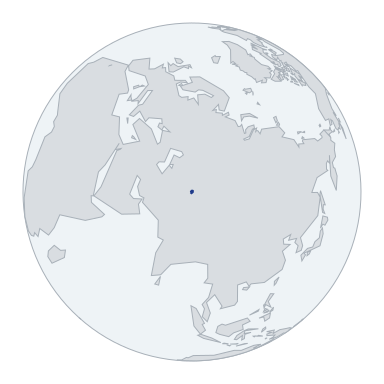 the Earth from above Sirdaryo, rotated 42°
{"feature_id": "UZB-371", "entity_name": "Sirdaryo", "entity_type": "Region", "adm_level": 1, "iso_a3": "UZB", "parent_name": "Uzbekistan", "parent_adm1": "", "projection": "orthographic", "projection_center": [68.713, 40.386], "detail": "fine", "context": "on_globe", "style": "filled", "palette": "blue", "viewbox_px": 384, "rotation_deg": 42, "n_neighbors": 0, "source": "natural_earth", "source_scale": "10m", "svg_char_len": 11610}
<svg xmlns="http://www.w3.org/2000/svg" viewBox="0 0 384 384"><g transform="rotate(42 192 192)"><circle cx="192" cy="192" r="169" fill="#eef3f6" stroke="#a8b0b8"/><path d="M214.3,24.5L218.7,25.2L221.7,25.8L226.6,29.4L240.1,36.4L248.2,38.8L243.5,38.4L261.3,43.7L271.1,49.4L257.7,42.9L254.5,42.3L260.0,46.0L257.9,46.3L259.3,48.3L256.4,48.5L248.8,45.1L246.7,45.3L250.7,47.9L250.3,50.1L244.7,46.1L243.3,49.5L230.4,45.4L217.9,36.3L208.4,35.7L189.3,31.1L188.7,32.3L181.0,32.0L177.5,33.3L174.9,32.5L174.3,34.4L177.3,35.0L178.0,36.1L176.2,37.1L172.6,36.0L173.0,35.4L171.0,35.6L170.1,34.7L169.5,35.7L165.4,34.6L166.7,37.2L161.2,37.7L159.2,36.5L163.0,34.6L167.9,28.6L167.1,27.6L162.1,27.7L145.2,31.7L142.8,31.7L136.9,33.1L136.5,33.8L141.0,33.0L138.9,35.0L144.6,34.2L144.6,35.1L149.0,35.5L144.5,37.7L137.6,39.8L133.7,39.8L130.6,40.9L131.1,43.0L120.8,45.5L108.7,51.8L106.4,52.4L107.7,49.2L115.7,43.5L117.4,40.9L112.3,45.1L106.8,47.2L104.2,48.8L102.2,50.4L102.8,50.7L100.0,52.1L104.0,48.1L106.5,46.7L105.3,47.9L109.0,45.4L111.6,43.4L108.6,45.0L108.9,44.9L119.7,39.3L130.8,34.5L142.3,30.5L154.0,27.4L165.9,25.1L178.0,23.6L190.1,23.1L202.2,23.3L214.3,24.5ZM218.8,25.2L219.6,25.3L223.4,26.1L219.0,25.3L216.4,24.8L218.8,25.2ZM229.3,28.2L226.6,27.6L227.3,27.2L228.6,27.6L229.3,28.2ZM254.4,40.7L251.2,39.0L255.0,40.6L254.4,40.7ZM260.1,48.6L261.6,49.1L261.7,50.0L260.1,48.6ZM151.3,34.3L150.2,34.9L149.9,34.5L151.3,34.3ZM154.2,34.0L154.7,33.2L156.2,32.9L155.8,33.4L154.2,34.0ZM257.3,51.2L256.9,52.7L256.0,50.5L257.3,51.2ZM153.3,35.1L158.7,32.6L161.3,32.2L162.2,34.0L153.3,35.1ZM255.9,53.2L255.2,57.3L258.6,58.6L248.5,57.6L252.5,54.2L250.7,51.2L253.6,53.1L255.9,53.2ZM179.0,34.7L175.8,34.2L180.2,33.8L179.0,34.7ZM181.7,34.3L194.2,32.2L198.1,33.8L193.1,34.0L199.5,35.6L195.3,37.4L190.8,36.9L189.1,35.4L188.8,37.3L181.7,34.3ZM243.1,56.6L241.8,57.3L241.7,56.0L243.1,56.6ZM178.6,36.5L180.8,35.8L184.4,37.1L180.6,38.7L180.7,37.8L178.6,36.5ZM203.3,35.3L205.3,36.7L202.4,38.5L202.8,39.3L195.5,37.6L203.3,35.3ZM179.0,38.0L178.7,39.6L175.3,39.9L176.7,37.3L179.0,38.0ZM186.8,36.8L188.4,37.6L186.3,37.6L186.8,36.8ZM163.4,42.6L165.9,41.5L168.0,42.0L163.4,42.6ZM178.8,40.1L179.9,40.0L181.0,40.2L180.1,41.3L178.8,40.1ZM194.0,39.0L192.4,39.6L196.8,39.8L194.8,41.3L190.4,40.0L191.5,41.2L190.9,41.7L187.9,40.1L194.0,39.0ZM182.6,43.0L176.2,42.1L171.1,43.9L169.1,43.4L177.7,40.7L182.6,43.0ZM185.9,41.4L183.4,42.2L182.2,41.1L183.2,39.8L185.9,41.4ZM195.1,42.9L199.3,40.9L200.1,41.3L195.1,42.9ZM181.3,43.7L182.9,43.9L181.1,43.9L181.3,43.7ZM191.1,43.4L192.5,42.5L193.4,43.0L191.1,43.4ZM184.9,45.1L182.8,44.8L183.4,43.8L184.9,45.1ZM187.9,44.5L188.8,45.3L184.9,43.7L188.4,44.0L187.9,44.5ZM191.8,43.9L192.7,43.9L191.1,44.2L191.8,43.9ZM183.7,49.1L178.6,47.2L179.9,45.1L184.7,47.1L183.7,49.1ZM26.6,194.7L28.9,166.0L32.1,161.3L35.7,151.7L59.8,140.3L61.5,147.2L76.6,158.5L77.9,161.6L72.4,168.1L80.8,188.4L87.9,184.7L99.2,198.2L109.0,202.7L119.1,189.2L102.9,181.4L103.8,172.5L119.6,172.3L134.3,179.6L135.1,176.4L128.9,165.9L135.4,162.1L127.1,161.9L128.1,166.1L123.0,166.3L121.7,162.5L124.1,161.2L120.6,157.8L110.3,165.7L110.3,170.8L99.1,166.8L98.0,175.0L93.8,176.6L94.2,163.3L96.6,159.8L94.7,143.0L91.2,146.3L92.8,162.5L90.9,160.0L86.2,165.2L88.3,159.3L87.6,141.3L79.6,137.1L64.0,143.9L60.5,140.7L60.0,133.6L71.1,120.7L77.8,129.4L81.8,125.5L85.2,116.1L86.9,119.7L89.1,117.2L92.0,120.2L100.8,117.9L104.5,120.5L112.4,113.5L115.4,114.0L109.9,117.9L108.0,122.2L117.8,129.1L121.0,128.6L125.3,123.7L127.4,126.5L130.4,120.9L138.2,122.7L131.2,116.0L136.1,110.7L143.2,108.8L143.6,106.0L132.0,109.2L128.5,111.7L127.5,115.6L116.9,122.1L112.6,121.1L118.9,110.3L113.5,108.0L120.8,101.2L147.7,95.7L156.6,97.0L161.9,110.3L157.3,112.9L153.1,109.2L152.9,117.5L154.9,114.4L156.6,117.0L161.8,113.1L163.3,114.7L165.7,108.4L168.1,110.0L166.5,113.9L176.2,110.1L182.5,112.5L183.9,110.9L183.7,108.5L191.8,113.4L192.5,112.1L190.2,109.9L190.1,105.9L193.1,100.8L195.7,102.8L194.9,104.9L197.4,112.5L195.0,118.1L196.4,118.4L199.1,114.1L196.1,104.7L197.2,101.2L199.3,105.3L198.6,103.5L199.9,102.4L203.7,103.2L201.7,98.7L213.0,85.2L221.4,86.0L222.0,90.8L232.7,84.9L241.4,87.1L239.2,84.9L242.8,81.2L240.1,80.4L239.3,79.1L247.4,70.2L251.3,70.0L252.3,64.6L251.2,63.6L248.3,63.4L248.5,57.6L258.6,58.6L260.6,60.7L265.5,60.2L269.5,65.3L275.0,69.6L276.5,76.1L280.8,79.2L282.2,78.7L289.1,83.0L298.2,94.3L284.5,87.3L269.5,72.7L275.1,78.6L271.9,78.1L272.7,80.8L276.8,85.1L278.5,85.1L275.3,97.6L281.4,112.2L285.6,108.3L290.8,110.2L301.3,125.4L303.1,153.3L310.1,157.8L312.2,162.3L309.9,167.5L306.8,160.9L302.2,160.7L300.8,156.5L296.1,163.2L293.8,157.5L291.3,165.9L295.1,169.4L300.0,165.3L298.8,175.5L307.1,180.2L310.8,189.2L306.3,210.8L297.4,220.7L297.5,223.9L292.5,222.5L288.1,230.6L299.0,242.9L299.4,247.5L291.2,259.8L290.7,256.7L277.6,253.1L276.7,264.4L286.6,269.7L290.1,278.2L283.1,277.8L279.4,270.4L274.8,268.8L274.9,259.3L269.0,246.6L261.8,251.4L261.4,245.5L252.1,235.3L241.3,241.6L224.7,259.9L224.1,274.5L217.7,281.3L205.7,261.4L202.8,246.9L196.8,248.4L185.8,235.5L162.1,232.8L160.2,228.5L155.4,229.7L147.9,224.3L145.4,217.1L140.2,216.4L147.1,235.3L152.9,236.0L159.6,230.6L160.3,236.8L167.8,243.2L154.5,255.6L121.7,260.5L120.9,249.0L108.4,211.5L110.2,208.2L110.2,207.8L110.2,207.0L106.6,211.9L105.3,204.5L109.3,230.0L109.0,239.6L121.2,261.0L119.5,262.2L124.2,267.0L142.0,267.2L141.6,270.8L131.7,284.5L109.0,297.4L113.5,310.8L114.2,320.0L103.3,321.0L107.4,328.1L102.2,327.5L104.0,330.7L101.7,331.7L96.5,330.4L84.3,322.1L81.0,318.8L71.1,308.6L56.1,285.9L56.5,280.1L54.3,272.5L45.8,249.4L47.5,241.5L45.9,235.5L42.1,232.3L40.6,225.0L38.5,222.2L28.1,207.4L26.6,194.7ZM47.6,150.9L46.0,153.4L46.0,153.5L47.6,150.9ZM147.3,195.3L157.6,198.5L157.2,187.4L161.2,187.9L159.6,184.1L157.1,186.6L153.9,176.5L159.9,174.8L160.8,170.2L157.3,168.9L146.9,173.9L151.5,188.1L147.3,191.6L147.3,195.3ZM106.6,47.5L106.2,47.8L103.8,49.5L104.2,49.0L106.6,47.5ZM97.6,56.6L93.4,58.8L96.7,56.7L96.4,56.1L102.9,51.2L105.7,52.5L103.2,52.7L97.6,56.6ZM112.4,45.5L107.9,48.2L112.7,45.3L112.4,45.5ZM98.2,101.2L97.6,104.3L94.2,106.3L89.6,104.1L94.4,101.0L98.2,101.2ZM97.7,108.2L105.3,98.7L108.5,100.0L105.4,100.8L106.8,102.6L102.2,104.4L97.8,115.4L94.5,118.0L87.7,111.9L91.7,112.3L92.0,109.2L97.7,108.2ZM119.0,75.5L122.3,72.4L125.0,79.2L121.6,81.4L116.7,79.1L117.9,75.1L119.0,75.5ZM153.8,39.2L154.9,38.3L155.9,38.4L155.8,39.4L153.8,39.2ZM164.4,42.0L150.1,43.9L150.6,42.8L141.6,45.7L139.5,44.0L145.4,42.1L137.0,43.3L141.5,40.9L135.7,42.1L149.1,38.0L152.8,36.2L149.4,38.8L151.3,40.3L153.2,40.4L161.3,39.6L170.2,36.9L173.5,38.3L173.4,40.0L171.7,40.8L170.2,39.6L169.1,41.6L165.6,40.5L164.4,42.0ZM170.6,64.4L169.5,61.8L166.7,67.4L163.2,65.6L163.1,66.4L159.1,66.4L154.0,67.8L152.9,66.6L151.4,67.7L148.7,67.9L146.3,69.1L143.5,67.5L140.3,68.9L140.8,67.3L136.1,70.3L138.3,67.4L135.1,67.6L134.6,70.3L125.5,60.5L119.9,59.2L114.0,59.9L118.7,55.4L127.2,52.1L136.9,50.5L141.6,52.6L142.9,50.4L145.5,50.8L143.4,52.4L148.2,50.3L149.8,51.2L158.4,50.8L164.4,47.7L167.6,47.7L166.1,49.4L170.5,48.2L169.8,51.4L172.1,51.5L173.8,55.0L169.5,58.4L172.4,58.3L173.8,61.2L170.6,64.4ZM184.0,50.1L179.6,54.1L175.5,55.2L174.3,48.8L172.3,48.2L171.4,44.5L177.3,43.1L177.0,44.2L178.1,45.0L175.8,45.2L178.5,45.7L178.2,47.4L180.2,48.3L178.2,49.3L184.0,50.1ZM81.6,160.5L83.0,162.2L85.7,163.9L82.8,167.4L81.6,160.5ZM80.9,148.3L82.5,149.0L79.7,154.4L78.2,152.8L80.9,148.3ZM85.7,145.1L82.8,148.6L83.5,145.8L85.7,145.1ZM111.6,118.4L113.6,119.0L112.9,120.4L110.7,121.6L111.6,118.4ZM161.8,82.2L161.8,80.1L162.9,79.9L166.2,75.7L169.1,77.0L168.3,79.9L161.8,82.2ZM115.0,190.6L110.8,192.1L109.9,190.0L111.5,189.9L115.0,190.6ZM95.0,179.7L98.4,184.2L94.1,180.6L95.0,179.7ZM165.5,82.8L166.5,80.9L167.3,82.8L165.5,82.8ZM171.4,77.7L172.7,79.4L169.8,76.6L171.4,77.7ZM192.1,361.0L192.4,360.9L194.7,360.9L192.1,361.0ZM141.0,326.1L135.6,338.6L128.1,336.5L124.7,331.9L125.3,323.8L133.4,323.3L136.8,319.8L141.0,326.1ZM320.1,282.4L323.2,280.6L323.0,281.2L320.1,282.4ZM316.9,282.9L320.7,280.4L316.1,284.5L316.9,282.9ZM322.1,279.5L326.0,275.7L327.7,273.5L327.2,274.9L322.1,279.5ZM314.2,284.6L298.6,293.0L292.1,294.6L293.9,291.8L304.4,287.3L314.2,284.6ZM293.4,292.0L283.1,290.3L267.3,277.2L273.0,275.8L289.2,281.3L288.2,283.6L294.5,285.7L293.4,292.0ZM317.2,268.8L316.1,274.9L307.8,279.3L303.8,280.5L301.1,274.6L302.7,270.1L306.0,268.6L317.5,248.6L321.7,249.2L318.5,257.0L322.0,259.9L317.2,268.8ZM225.0,275.8L229.5,283.5L225.9,285.3L225.0,275.8ZM321.0,236.2L317.1,245.1L320.4,234.5L321.0,236.2ZM322.3,227.0L323.1,229.9L320.8,228.1L322.3,227.0ZM298.3,228.3L294.9,230.7L294.3,228.5L298.3,224.1L298.3,228.3ZM313.6,196.9L315.5,203.6L315.5,206.3L313.0,203.2L313.6,196.9ZM191.6,93.0L183.9,97.2L180.2,101.6L181.2,106.0L176.5,101.9L182.2,95.1L191.6,93.0ZM210.1,85.8L209.2,82.4L211.7,83.0L212.3,83.8L210.1,85.8ZM208.0,84.4L202.8,82.1L203.8,79.6L207.7,81.9L208.0,84.4ZM183.9,81.9L181.4,83.0L180.8,81.4L183.9,81.9ZM308.1,314.7L296.9,324.4L293.1,326.9L296.7,323.7L298.6,318.6L300.1,317.8L302.4,312.7L317.6,298.6L329.3,281.5L334.6,276.7L340.6,264.5L345.1,259.0L342.0,267.0L344.6,264.2L351.4,245.8L349.9,252.2L344.9,263.8L339.2,275.0L332.5,285.8L325.1,296.0L317.0,305.7L308.1,314.7ZM327.8,277.1L332.5,269.5L334.7,267.2L327.8,277.1ZM356.1,232.1L355.4,234.8L354.5,235.3L352.2,242.8L347.9,249.8L349.4,245.6L349.3,242.8L343.8,248.6L342.7,247.5L345.0,243.2L340.9,245.8L345.5,239.5L347.0,242.7L349.4,235.5L352.8,231.1L355.5,227.3L356.9,226.5L356.3,229.2L356.5,230.4L356.1,232.1ZM344.7,251.1L345.5,250.2L344.6,252.5L344.7,251.1ZM357.4,224.5L359.2,215.0L359.4,213.8L358.1,222.2L357.4,224.5ZM359.1,213.5L359.6,211.6L359.6,212.7L359.5,213.9L359.1,213.5ZM335.5,256.5L335.2,258.1L333.9,258.2L335.5,256.5ZM337.3,254.0L341.0,251.7L336.9,255.6L337.3,254.0ZM324.2,259.7L325.5,262.2L329.8,256.8L326.5,262.4L329.0,265.9L327.9,268.8L325.5,264.8L324.0,271.9L322.1,273.2L321.4,268.5L323.5,260.4L325.4,256.2L332.9,249.2L324.2,259.7ZM337.4,249.8L336.3,246.6L337.1,243.1L338.3,244.2L337.4,249.8ZM332.5,239.3L328.9,236.8L326.2,240.9L331.2,229.4L333.9,233.7L332.5,239.3ZM328.6,230.4L326.2,234.2L328.4,228.0L328.6,230.4ZM325.2,233.0L324.3,229.7L326.6,228.6L325.2,233.0ZM330.0,229.5L329.6,223.0L331.2,225.8L330.0,229.5ZM321.9,222.3L327.7,224.8L321.1,226.7L318.3,215.1L320.9,212.9L321.9,222.3ZM320.1,162.4L318.0,159.4L319.7,156.7L320.6,159.5L320.1,162.4ZM323.1,146.3L319.4,155.1L316.2,162.5L318.4,162.8L319.8,169.7L315.2,166.1L315.6,156.6L318.5,152.1L316.6,146.6L317.3,140.8L313.5,135.2L313.0,131.4L317.4,135.3L323.1,146.3ZM311.7,132.9L305.3,122.2L309.5,120.1L311.8,122.0L313.0,127.7L310.7,128.4L311.7,132.9ZM305.0,119.1L302.7,119.8L288.5,108.0L286.6,105.0L299.6,112.4L298.1,113.5L300.9,117.0L305.0,119.1ZM243.4,58.1L241.9,57.3L243.7,57.4L243.4,58.1ZM237.8,78.8L237.0,77.1L239.1,77.0L237.8,78.8ZM236.0,72.5L234.2,73.7L235.1,71.6L236.0,72.5ZM230.2,76.8L232.9,73.8L231.9,77.9L230.2,76.8Z" fill="#d9dde1" stroke="#a8b0b8" stroke-width="1"/><path d="M192.8,192.5L192.7,192.5L192.3,192.5L192.2,192.6L191.8,192.6L191.9,192.4L191.2,192.5L190.7,192.5L190.6,192.4L190.6,192.2L190.9,191.6L190.8,191.4L191.0,191.3L191.0,191.2L191.2,191.3L191.4,191.4L191.5,191.4L191.8,191.4L191.7,191.3L191.8,191.2L191.7,191.0L191.7,190.9L191.6,190.7L191.7,190.4L191.7,190.5L191.7,190.4L191.8,190.4L192.0,190.4L192.0,190.5L192.3,190.8L192.4,191.0L192.5,191.0L192.8,191.2L192.8,191.3L192.8,191.5L192.9,191.8L192.8,192.2L192.8,192.3L192.8,192.5L192.8,192.5ZM192.5,192.7L192.6,192.8L192.5,193.0L192.4,192.9L192.3,193.0L192.2,193.0L192.2,192.9L192.1,193.0L192.4,193.4L192.4,193.5L192.2,193.5L192.2,193.3L192.2,193.2L192.1,193.3L192.2,193.5L191.9,193.5L191.9,193.4L191.9,193.2L191.9,192.9L192.0,192.8L192.5,192.7Z" fill="#3b82f6" stroke="#1e3a8a" stroke-width="1.5"/></g></svg>